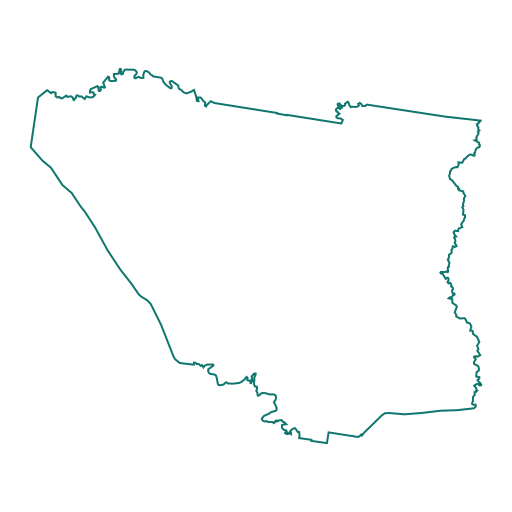 Hume, Victoria, Australia (Natural Earth projection)
{"feature_id": "25037944B10619545343998", "entity_name": "Hume", "entity_type": "district", "adm_level": 2, "iso_a3": "AUS", "parent_name": "Australia", "parent_adm1": "Victoria", "projection": "natural_earth1", "projection_center": [144.895, -37.597], "detail": "fine", "context": "isolated", "style": "outline", "palette": "teal", "viewbox_px": 512, "rotation_deg": 0, "n_neighbors": 0, "source": "geoboundaries", "source_scale": "gbopen_adm2", "svg_char_len": 5966}
<svg xmlns="http://www.w3.org/2000/svg" viewBox="0 0 512 512"><path d="M361.9,435.5L364.3,432.5L381.6,415.6L384.8,413.3L388.8,413.0L404.6,414.3L422.4,412.9L440.9,410.7L457.0,410.2L473.8,408.3L475.1,407.3L475.9,406.0L475.5,404.6L473.5,404.8L472.3,404.2L472.0,403.4L472.9,401.2L473.0,397.1L474.8,394.6L474.5,392.1L475.6,391.6L476.2,391.8L477.1,390.7L476.2,390.5L476.4,388.5L474.2,385.6L476.8,384.0L479.0,383.9L479.2,385.2L479.9,385.5L481.1,385.2L481.3,384.6L479.7,382.5L477.5,380.5L477.5,380.0L479.3,378.6L479.3,377.1L476.3,376.6L476.5,372.4L478.8,370.5L478.9,368.8L478.5,366.7L477.9,365.9L474.2,364.0L473.9,362.8L474.3,361.6L475.7,359.3L475.1,358.0L474.2,357.7L474.0,356.9L475.3,356.1L477.8,356.7L480.2,355.1L477.4,350.7L478.4,349.1L477.1,345.6L479.3,341.9L476.9,336.7L473.2,334.1L472.5,330.8L470.2,330.6L471.4,326.4L469.7,323.2L467.1,322.7L465.6,319.5L464.6,318.2L460.0,318.5L456.2,316.5L456.3,314.8L454.7,312.4L456.8,307.0L456.4,305.6L452.4,302.9L452.2,299.2L448.7,298.3L449.8,297.3L451.7,297.2L452.7,295.7L454.6,294.5L454.3,293.4L452.9,293.6L452.1,291.8L452.1,290.3L453.0,289.0L452.8,287.9L452.4,287.1L451.1,286.5L451.3,284.6L450.2,282.8L448.5,283.4L447.5,282.0L448.7,280.2L448.2,278.0L447.0,277.7L445.7,278.9L442.8,274.1L440.9,273.4L440.4,272.7L440.9,271.9L444.5,272.1L446.1,271.5L447.6,272.2L448.1,271.7L447.7,267.4L449.1,266.6L448.7,265.1L449.5,262.7L447.9,260.1L448.5,259.8L448.3,258.5L449.1,256.9L449.0,254.8L451.3,253.2L451.7,252.0L451.4,249.8L452.4,248.8L452.7,246.4L453.8,246.3L454.7,247.0L456.5,246.2L456.2,245.1L454.6,242.9L455.4,241.1L455.1,239.5L454.1,237.5L454.4,236.9L456.1,236.5L454.0,233.8L453.6,232.2L454.9,230.7L458.1,231.1L458.5,228.7L462.3,227.1L461.2,224.2L463.9,220.3L464.3,218.4L465.0,217.7L465.0,215.2L463.0,214.6L463.5,209.9L462.3,207.3L463.4,206.2L462.9,204.6L464.2,200.2L463.8,198.7L465.3,196.1L463.3,192.6L463.2,191.4L459.1,190.3L459.2,188.8L458.0,188.7L458.1,186.9L456.5,186.0L452.1,180.3L450.1,179.2L449.1,175.8L450.0,173.2L450.0,171.4L450.9,170.7L451.5,169.1L453.4,167.9L456.2,167.0L457.4,167.3L458.8,164.1L458.4,162.4L462.3,162.7L464.2,159.0L465.8,158.4L466.8,156.9L469.5,154.7L470.9,154.5L473.9,155.8L474.5,155.6L474.6,153.7L474.1,153.3L475.1,152.2L475.7,149.6L477.3,147.7L479.3,147.2L480.0,145.2L479.0,144.4L479.2,143.1L478.9,142.6L474.8,140.3L476.7,139.7L476.3,137.5L478.6,133.3L477.9,131.6L479.3,130.5L478.3,129.7L478.4,127.6L477.2,126.0L477.5,125.0L476.9,124.3L479.0,122.7L478.8,121.1L480.3,121.3L480.6,120.6L445.0,116.6L366.8,104.6L365.2,106.1L362.3,106.0L361.4,104.1L359.8,102.9L358.2,103.9L358.9,105.4L357.9,106.4L355.9,107.0L352.0,106.7L350.7,107.1L349.3,105.0L348.4,102.3L347.8,101.7L345.0,103.7L345.1,105.2L344.4,105.8L342.2,106.0L340.4,104.8L339.6,103.5L337.8,103.7L337.6,104.6L338.3,106.0L341.7,106.8L342.0,107.6L341.1,107.6L340.3,109.0L337.8,107.7L335.9,109.4L335.9,110.3L336.6,111.5L337.5,111.6L337.9,112.6L339.4,113.8L336.5,116.0L336.3,117.0L336.6,117.5L337.6,118.2L340.7,118.5L342.8,120.0L341.3,123.5L287.1,114.9L287.0,115.3L277.2,113.6L277.2,113.0L214.3,103.0L210.7,101.2L206.4,105.5L206.2,106.4L204.9,105.7L205.3,102.6L203.4,101.1L200.8,97.6L197.7,97.5L198.5,101.1L196.9,100.9L196.2,96.6L193.9,89.9L191.2,91.7L186.6,93.4L183.5,92.3L181.3,90.0L179.2,88.9L178.7,88.4L178.2,85.5L171.7,80.9L169.8,81.6L169.8,82.8L171.7,86.2L171.8,87.2L171.5,88.2L170.4,88.3L165.6,84.6L163.3,81.7L162.4,79.0L161.3,77.7L153.0,76.4L152.2,75.3L150.4,74.4L149.2,72.6L147.1,71.3L145.4,70.9L144.3,71.8L143.3,74.9L143.4,77.8L140.9,78.0L138.5,76.8L135.4,78.3L134.5,77.9L134.3,76.2L136.4,73.9L136.8,72.8L136.3,71.4L135.3,70.4L133.4,69.7L124.9,69.6L123.2,72.3L123.0,73.7L121.4,74.4L120.9,73.6L121.2,70.2L120.8,69.0L120.3,68.9L119.6,69.3L118.7,73.7L113.9,74.0L113.9,76.4L114.7,78.0L116.0,79.2L115.9,80.7L111.5,81.1L109.7,80.7L108.9,79.7L109.3,78.0L109.1,77.2L108.0,76.7L103.2,82.6L104.9,87.4L104.3,87.7L101.5,86.7L100.7,86.9L100.4,87.5L100.9,89.7L100.2,90.8L99.3,91.1L98.8,90.9L98.1,86.7L97.5,86.1L90.6,89.2L89.9,91.5L90.0,92.6L92.6,92.1L93.8,93.1L93.9,94.5L95.0,94.8L93.4,96.7L92.1,97.3L88.8,97.3L86.4,96.3L84.6,99.0L81.5,96.4L79.2,96.6L78.3,95.6L76.9,95.4L76.4,95.7L76.0,97.8L74.7,98.8L74.0,100.1L73.4,99.7L72.6,97.4L71.1,96.3L67.4,96.9L66.3,95.6L62.1,98.4L60.5,98.1L59.3,96.9L57.3,97.5L56.7,96.7L55.7,96.4L55.5,94.9L55.8,93.1L55.3,92.6L52.4,92.0L51.1,93.2L47.1,90.2L38.0,97.5L30.7,147.2L42.3,160.5L51.1,167.9L62.4,185.0L71.7,193.0L80.5,206.3L85.2,212.2L95.1,227.5L107.6,250.3L120.2,269.4L131.4,283.7L138.8,294.4L141.2,296.6L147.4,300.4L150.8,304.1L161.1,324.9L173.7,356.9L175.1,359.2L179.7,363.0L193.8,364.7L194.0,362.7L195.4,362.7L196.7,364.1L198.1,363.9L199.3,364.4L200.6,365.9L201.9,365.1L203.4,367.4L204.5,365.8L207.4,364.5L213.0,364.5L213.4,365.0L213.0,365.9L208.2,369.3L208.3,371.6L209.0,373.0L210.3,373.9L214.7,374.6L215.9,375.4L216.7,377.7L217.9,384.1L218.7,385.1L219.4,385.3L223.5,384.6L225.8,382.4L226.7,382.4L227.7,383.4L232.5,383.7L238.9,383.0L241.4,381.9L243.9,380.0L246.6,376.9L247.6,378.0L247.2,380.0L249.1,380.7L250.4,380.4L251.0,381.0L250.5,381.7L250.5,383.1L250.9,383.2L252.4,380.5L251.6,376.5L254.1,373.6L255.6,373.5L255.7,374.4L254.2,377.8L254.4,379.9L253.8,383.8L255.0,386.5L256.8,386.6L257.0,388.9L256.3,390.9L257.3,392.4L257.7,395.5L258.6,395.7L262.0,393.0L265.2,393.1L269.3,394.4L273.8,394.4L275.5,395.3L276.1,397.5L275.4,400.2L273.9,402.1L276.7,407.8L276.3,410.5L270.1,412.6L269.3,413.6L264.1,415.8L261.8,418.6L262.1,419.8L263.2,420.9L264.9,421.5L266.6,421.1L268.0,422.0L273.1,422.1L273.6,423.1L274.8,422.5L275.3,421.1L276.3,420.5L277.0,420.7L276.8,421.4L277.2,421.5L279.1,420.3L281.6,420.1L282.7,421.7L284.2,422.2L286.2,424.2L282.1,424.9L281.9,427.1L282.4,428.5L284.0,429.9L286.2,430.4L287.0,432.2L285.6,432.0L285.1,433.1L287.0,434.1L289.9,433.5L291.0,434.1L290.9,432.5L289.7,432.0L291.5,429.7L293.9,428.3L295.1,428.2L297.7,431.9L299.2,432.0L299.5,436.6L299.1,438.1L311.4,439.8L311.3,440.9L326.9,443.1L328.6,432.4L357.5,436.9L359.2,436.5L361.3,434.5L361.9,435.5Z" fill="none" stroke="#0f766e" stroke-width="2"/></svg>